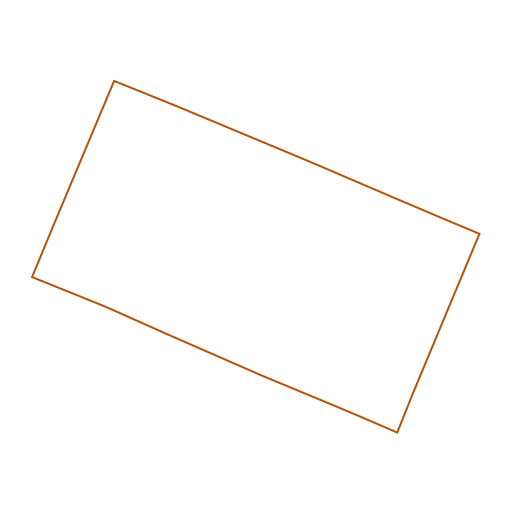 outline of Madison, Indiana, United States of America, rotated 293°
{"feature_id": "52423323B58463345388651", "entity_name": "Madison", "entity_type": "district", "adm_level": 2, "iso_a3": "USA", "parent_name": "United States of America", "parent_adm1": "Indiana", "projection": "robinson", "projection_center": [-85.696, 40.162], "detail": "fine", "context": "isolated", "style": "outline", "palette": "amber", "viewbox_px": 512, "rotation_deg": 293, "n_neighbors": 0, "source": "geoboundaries", "source_scale": "gbopen_adm2", "svg_char_len": 378}
<svg xmlns="http://www.w3.org/2000/svg" viewBox="0 0 512 512"><g transform="rotate(293 256 256)"><path d="M361.7,57.0L206.1,57.6L149.1,58.1L150.5,137.3L149.3,203.5L148.2,308.4L148.9,401.0L148.7,455.0L191.3,454.1L363.7,453.0L363.5,412.2L363.5,359.5L363.6,332.8L363.7,302.8L363.8,273.4L363.8,266.7L362.9,123.7L361.7,57.0Z" fill="none" stroke="#b45309" stroke-width="2"/></g></svg>